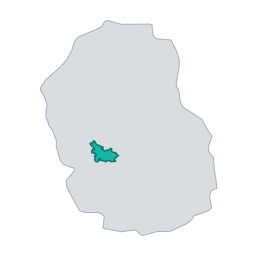 Studenichani, Studeničani, North Macedonia shown in context, rotated 267°
{"feature_id": "65306769B72053820604170", "entity_name": "Studenichani", "entity_type": "district", "adm_level": 2, "iso_a3": "MKD", "parent_name": "North Macedonia", "parent_adm1": "Studeničani", "projection": "albers", "projection_center": [21.452, 41.825], "detail": "fine", "context": "in_parent", "style": "filled", "palette": "teal", "viewbox_px": 256, "rotation_deg": 267, "n_neighbors": 0, "source": "geoboundaries", "source_scale": "gbopen_adm2", "svg_char_len": 2407}
<svg xmlns="http://www.w3.org/2000/svg" viewBox="0 0 256 256"><g transform="rotate(267 128 128)"><path d="M114.1,55.3L118.8,55.9L128.9,52.9L135.3,48.9L138.5,48.3L142.7,46.7L148.9,46.9L155.2,48.6L163.1,46.2L170.8,42.4L174.0,43.3L177.4,46.5L179.6,47.3L192.8,64.1L199.9,70.8L208.4,75.9L218.0,79.5L221.5,83.1L227.9,101.0L231.0,107.7L235.1,109.7L236.1,111.6L236.3,114.2L231.9,126.9L230.6,155.2L229.5,157.5L224.6,157.5L218.2,158.2L215.8,160.4L213.5,175.6L203.2,180.1L193.8,182.7L185.9,182.2L171.9,178.8L167.4,178.4L163.5,180.5L151.1,181.7L145.6,184.4L132.9,202.2L119.9,208.4L115.5,211.5L105.5,207.6L100.7,207.2L93.9,211.7L78.7,212.2L74.7,212.9L63.0,213.6L62.5,211.1L60.4,207.5L55.0,205.8L43.9,207.2L41.2,204.5L36.8,189.4L33.3,186.9L29.4,181.8L22.8,165.3L22.7,158.1L23.2,151.9L19.7,137.1L22.0,133.4L25.5,131.1L25.6,125.2L24.7,116.2L29.0,98.5L30.1,97.3L31.1,98.1L40.9,99.6L43.5,97.4L45.1,93.9L45.8,81.0L48.1,75.0L71.9,63.8L78.8,63.4L84.2,68.7L88.4,72.0L90.9,71.9L91.9,68.6L94.7,62.1L99.6,58.4L114.0,55.2L114.1,55.3Z" fill="#d9dde1" stroke="#a8b0b8" stroke-width="1"/><path d="M108.3,110.5L108.3,109.2L107.7,108.4L107.3,108.3L107.0,107.5L106.6,107.3L107.2,106.0L106.3,104.6L106.2,103.2L108.2,101.9L108.6,100.7L109.5,101.9L110.1,102.0L110.7,101.4L110.6,100.5L111.0,99.7L112.1,98.6L112.1,97.6L113.3,95.5L114.5,95.1L115.0,94.7L115.5,94.7L116.9,93.5L116.7,92.5L116.3,92.5L116.3,92.9L116.0,93.1L114.8,92.2L115.0,91.8L114.8,90.9L114.5,90.5L115.0,90.2L115.0,89.9L114.1,89.3L113.3,90.0L112.7,90.9L112.3,90.5L111.8,90.9L111.5,91.7L110.4,92.9L109.6,92.9L109.5,93.1L109.2,92.7L108.4,93.4L108.2,93.2L108.5,92.8L108.6,91.5L107.8,91.7L107.0,90.5L105.8,90.6L105.0,90.9L105.1,91.2L104.9,92.1L105.1,92.5L104.8,92.6L104.9,93.1L104.6,93.1L104.6,93.7L104.0,93.9L103.8,94.4L103.4,94.0L102.7,94.1L102.4,94.5L102.4,93.9L102.0,93.8L101.7,93.3L101.5,93.5L101.1,93.3L100.9,93.7L100.5,93.9L98.7,93.1L96.9,93.6L96.0,94.4L95.7,95.4L96.2,96.5L96.7,96.7L97.0,96.9L96.9,97.2L97.7,97.6L98.7,97.3L98.6,97.0L99.2,98.1L99.0,98.8L97.4,98.8L97.1,99.1L97.0,100.5L96.7,100.7L96.3,103.3L96.0,104.4L95.7,104.3L96.3,105.3L96.5,106.4L96.0,108.7L95.5,108.9L95.3,109.4L95.5,110.7L95.2,111.8L95.4,112.3L95.3,113.2L95.6,113.8L96.9,112.9L97.7,112.7L98.5,113.2L98.9,114.6L99.9,114.9L99.9,115.3L100.8,116.9L102.2,115.7L103.0,115.4L103.4,114.2L104.0,114.2L104.9,110.9L106.5,110.3L107.6,110.6L108.3,110.5Z" fill="#14b8a6" stroke="#0f766e" stroke-width="1.5"/></g></svg>